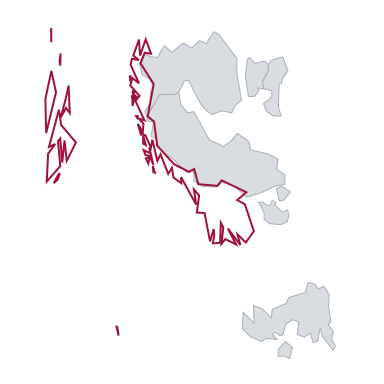 Norway highlighted among its neighbors, rotated 273°
{"feature_id": "NOR", "entity_name": "Norway", "entity_type": "country or territory", "adm_level": 0, "iso_a3": "NOR", "parent_name": "Europe", "parent_adm1": "", "projection": "natural_earth1", "projection_center": [16.239, 69.249], "detail": "medium", "context": "with_neighbors", "style": "outline", "palette": "rose", "viewbox_px": 384, "rotation_deg": 273, "n_neighbors": 6, "source": "natural_earth", "source_scale": "50m", "svg_char_len": 4323}
<svg xmlns="http://www.w3.org/2000/svg" viewBox="0 0 384 384"><g transform="rotate(273 192 192)"><path d="M189.5,247.0L200.2,233.8L203.2,221.6L198.2,216.3L198.0,202.7L203.4,193.2L211.2,193.3L214.0,189.3L211.2,185.9L223.4,171.8L236.2,153.8L243.4,153.8L245.4,148.3L259.7,149.9L260.6,143.5L265.3,143.1L287.6,154.5L288.5,169.7L291.3,173.6L278.2,176.5L270.9,183.5L272.3,189.6L244.9,206.6L239.2,221.1L245.0,228.4L252.8,234.2L245.5,246.0L237.0,248.5L233.9,266.3L229.1,276.3L219.0,275.2L214.2,283.8L204.5,284.3L202.0,274.1L195.4,262.0L189.5,247.0Z" fill="#d9dde1" stroke="#a8b0b8" stroke-width="1"/><path d="M323.4,261.6L327.6,264.1L331.7,275.6L318.0,281.5L309.7,276.3L305.2,275.6L303.9,273.4L281.8,273.8L272.3,277.1L272.4,269.0L276.3,262.3L284.0,258.7L290.8,266.6L297.5,266.4L298.7,258.3L305.6,256.4L316.6,261.6L323.4,261.6Z" fill="#d9dde1" stroke="#a8b0b8" stroke-width="1"/><path d="M327.7,240.5L329.1,242.3L323.7,248.4L326.7,258.3L323.4,261.6L316.6,261.6L305.6,256.4L298.7,258.3L299.3,252.0L296.4,253.3L291.0,249.6L290.1,243.5L310.4,239.1L327.7,240.5Z" fill="#d9dde1" stroke="#a8b0b8" stroke-width="1"/><path d="M179.0,288.3L173.6,290.0L167.3,288.6L164.1,282.6L164.4,271.6L168.4,265.5L175.7,264.9L185.5,258.9L185.0,264.4L182.4,267.9L183.3,270.9L187.8,272.5L185.7,276.5L183.2,275.4L176.9,283.1L179.0,288.3ZM199.9,276.2L202.4,281.6L197.2,290.3L188.6,284.2L187.5,279.8L199.9,276.2Z" fill="#d9dde1" stroke="#a8b0b8" stroke-width="1"/><path d="M42.1,300.4L30.7,298.3L33.2,292.5L32.2,286.7L39.3,286.3L47.5,293.0L42.1,300.4ZM67.9,305.5L69.8,299.1L64.7,292.3L54.7,290.4L53.0,287.5L56.6,282.7L54.2,279.7L49.1,284.8L49.8,274.4L46.3,269.0L50.6,258.0L58.1,249.4L74.5,249.4L64.4,260.8L82.0,259.4L79.0,268.1L70.5,277.7L79.1,278.4L85.9,292.2L91.5,293.9L97.8,310.6L107.9,312.7L106.4,319.7L101.8,323.0L104.8,328.6L96.6,334.4L85.1,334.3L70.1,337.4L66.3,335.2L60.1,340.4L52.2,339.1L45.7,343.3L41.3,341.1L55.1,329.5L63.1,327.1L49.8,325.3L47.8,320.9L57.1,317.5L53.0,311.6L55.4,304.5L67.9,305.5Z" fill="#d9dde1" stroke="#a8b0b8" stroke-width="1"/><path d="M325.0,143.5L324.5,150.3L336.7,156.9L330.3,164.3L340.3,175.6L335.8,184.2L343.5,191.8L340.9,198.4L353.3,205.4L350.8,210.6L327.7,229.8L313.1,230.6L286.0,236.6L281.1,230.9L273.1,227.5L274.6,217.3L270.4,208.0L274.0,202.1L280.9,195.7L303.4,182.6L302.4,178.4L291.3,173.6L288.5,169.7L287.6,154.5L265.3,143.1L269.7,140.5L278.2,145.7L288.0,145.2L296.3,147.5L303.2,143.2L306.4,136.1L317.7,132.9L327.6,136.7L325.0,143.5Z" fill="#d9dde1" stroke="#a8b0b8" stroke-width="1"/><path d="M265.1,143.8L260.4,150.4L236.3,154.9L219.0,172.4L211.9,187.9L215.1,192.9L200.1,197.9L199.5,217.1L205.2,221.0L194.6,246.3L186.3,237.5L182.6,245.4L156.1,255.8L144.4,248.4L152.1,239.6L141.5,243.1L157.5,229.7L141.9,238.8L146.7,227.8L141.8,224.2L158.1,225.1L162.8,222.4L142.7,222.7L141.8,215.5L150.4,216.5L156.1,215.6L143.7,212.6L171.7,205.6L171.7,197.9L188.9,199.3L194.6,193.8L179.6,196.8L206.3,180.3L200.2,180.9L205.5,172.7L215.1,170.7L208.9,167.3L228.0,158.6L221.2,155.8L242.1,149.7L234.2,148.7L246.1,142.6L247.3,139.6L257.6,140.0L262.6,135.0L261.1,140.8L280.0,130.8L285.2,134.6L295.1,124.8L302.7,126.6L297.7,133.4L315.9,124.0L321.9,125.1L321.0,132.1L325.2,126.2L341.5,131.1L325.5,133.0L342.0,137.8L327.9,143.9L328.6,137.6L317.9,133.8L297.8,148.1L265.1,143.8ZM229.4,46.8L267.2,54.8L252.0,57.9L235.4,73.5L216.6,65.3L236.8,62.0L214.6,60.9L238.5,57.6L235.8,55.5L211.0,59.1L194.8,46.4L222.7,46.3L232.8,52.9L229.4,46.8ZM243.3,43.3L277.2,40.7L305.6,45.2L284.3,51.0L243.3,43.3ZM259.4,57.0L279.3,61.2L291.8,63.2L264.5,65.8L269.3,61.8L259.4,57.0ZM228.5,148.4L234.5,146.9L217.1,152.0L225.9,147.9L226.4,143.7L231.3,141.5L228.5,148.4ZM237.9,140.6L245.9,140.3L236.4,143.4L237.9,140.6ZM245.8,138.3L257.2,134.3L251.2,138.5L245.8,138.3ZM193.6,53.5L202.0,57.4L203.9,59.1L197.2,57.2L193.6,53.5ZM223.1,144.1L224.5,147.9L218.1,146.9L223.1,144.1ZM285.4,126.6L281.0,129.2L274.8,128.1L281.9,127.6L285.4,126.6ZM286.3,128.5L284.4,131.6L281.7,130.7L286.3,128.5ZM209.9,152.3L216.1,151.5L209.3,153.9L209.9,152.3ZM53.2,124.5L44.8,126.2L53.5,123.7L53.2,124.5ZM347.8,42.9L334.1,43.6L348.3,42.7L347.8,42.9ZM315.4,52.9L323.5,53.5L311.3,53.9L315.4,52.9ZM299.1,124.5L303.7,123.9L305.3,124.5L299.1,124.5ZM289.3,127.7L288.4,129.4L287.1,128.0L289.3,127.7ZM265.0,132.2L264.9,133.9L263.2,133.3L265.0,132.2Z" fill="none" stroke="#9f1239" stroke-width="2"/></g></svg>